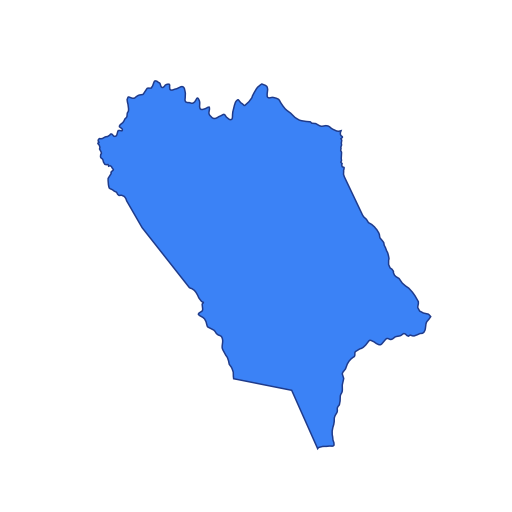 the district of Jocon, Yoro, Honduras, rotated 17°
{"feature_id": "27666195B24666023972878", "entity_name": "Jocon", "entity_type": "district", "adm_level": 2, "iso_a3": "HND", "parent_name": "Honduras", "parent_adm1": "Yoro", "projection": "natural_earth1", "projection_center": [-86.974, 15.288], "detail": "fine", "context": "isolated", "style": "filled", "palette": "blue", "viewbox_px": 512, "rotation_deg": 17, "n_neighbors": 0, "source": "geoboundaries", "source_scale": "gbopen_adm2", "svg_char_len": 6056}
<svg xmlns="http://www.w3.org/2000/svg" viewBox="0 0 512 512"><g transform="rotate(17 256 256)"><path d="M440.8,262.9L438.9,261.7L437.7,261.2L432.7,261.6L429.8,261.0L428.7,260.9L426.3,258.6L425.7,257.9L425.5,257.1L425.2,254.1L424.6,252.2L419.7,247.6L416.2,244.9L411.5,242.1L407.7,240.9L405.0,239.7L403.7,239.1L399.4,235.7L395.8,234.8L394.1,233.9L392.6,232.2L392.2,231.6L392.0,230.7L391.7,230.3L389.9,228.9L387.7,228.2L385.3,225.4L384.1,221.4L384.0,219.9L383.8,219.3L382.7,217.2L381.3,214.9L380.6,214.0L379.5,213.0L377.3,210.1L375.5,208.3L374.2,205.8L372.6,204.6L369.2,202.4L368.6,201.3L367.7,199.4L366.7,198.1L363.7,195.4L362.3,194.6L360.9,193.6L357.4,192.0L353.8,191.2L350.8,188.6L347.6,187.1L346.0,185.8L317.3,154.4L315.8,152.3L315.1,149.5L314.8,149.0L314.7,147.0L314.4,145.7L314.1,145.5L312.6,145.5L312.3,145.4L311.9,144.7L311.3,143.9L311.4,143.0L311.3,142.4L309.8,141.6L309.7,140.9L309.9,140.2L309.8,139.5L309.0,137.8L307.6,132.1L307.2,131.4L306.6,130.9L306.1,130.2L305.8,128.0L305.3,127.3L305.4,124.8L304.6,123.2L304.2,120.4L303.9,119.9L302.9,119.0L303.8,117.6L303.9,117.0L303.6,116.6L302.0,116.0L301.2,115.1L300.6,113.5L300.7,111.3L298.6,112.6L296.6,112.9L292.2,112.3L290.5,111.8L288.5,110.9L286.8,110.6L284.7,110.9L281.1,112.7L280.1,112.9L278.5,112.8L274.4,111.9L270.5,112.7L268.7,111.8L264.5,112.7L260.1,113.3L257.9,113.4L255.6,112.9L252.7,112.1L247.4,109.3L242.9,107.7L240.8,106.7L237.9,104.7L234.7,102.1L232.8,100.2L231.6,99.5L229.4,99.2L226.4,99.3L225.2,99.5L222.4,101.0L221.5,101.0L220.7,100.8L220.1,100.2L219.3,97.9L218.5,93.5L217.9,92.2L217.4,91.4L216.8,90.7L215.2,90.1L211.3,89.8L210.4,90.8L208.2,94.1L207.5,96.0L206.5,100.2L205.8,103.9L205.8,105.8L205.5,106.7L204.1,110.6L201.3,115.3L200.6,115.5L198.6,114.5L196.6,113.9L193.5,111.8L192.8,112.0L192.2,112.9L191.7,113.9L191.4,115.0L191.3,118.1L191.7,125.1L192.3,128.0L192.7,129.4L193.1,131.4L192.9,132.1L192.7,132.5L191.8,133.1L190.7,133.2L190.0,133.0L187.0,131.8L185.1,130.2L183.9,129.9L183.1,130.4L181.5,132.1L179.6,133.7L178.7,134.8L177.3,136.1L175.7,136.8L174.8,136.8L173.8,136.7L170.5,134.9L169.4,133.6L169.0,132.5L168.6,129.2L168.1,127.8L167.7,127.3L166.7,127.7L164.5,129.9L162.1,131.5L160.6,131.9L159.6,131.6L159.1,131.0L158.4,129.7L157.4,125.9L156.7,124.4L155.4,122.9L154.7,122.3L154.0,122.0L153.6,122.2L153.3,122.7L152.9,124.5L152.3,126.6L151.5,127.7L150.8,128.4L149.7,128.8L147.2,128.8L145.8,129.3L144.1,129.3L143.2,128.7L142.5,127.7L142.0,125.3L140.9,121.1L139.9,119.1L138.5,116.7L137.7,116.0L136.9,115.6L135.7,115.6L134.7,116.1L131.3,119.2L129.6,120.2L127.6,121.7L126.3,122.2L125.6,122.1L124.9,121.8L123.9,119.5L123.5,117.8L123.1,117.4L122.7,117.1L121.5,117.4L120.3,118.1L119.3,119.1L118.6,121.0L118.2,121.4L118.0,121.8L117.6,122.1L116.8,122.3L116.2,122.1L115.5,121.6L114.0,119.4L113.2,118.7L112.2,118.6L110.0,117.8L108.3,118.0L107.8,118.6L107.6,119.7L107.4,123.4L107.2,124.5L106.8,125.1L106.9,125.8L106.4,126.2L103.7,127.0L103.0,127.4L102.7,128.0L101.0,133.7L100.6,134.6L97.5,136.1L96.5,136.8L95.0,138.5L93.7,140.5L93.2,140.8L91.5,141.3L87.9,141.1L87.4,141.3L87.2,141.6L87.0,144.1L88.0,146.3L89.3,148.5L91.0,152.3L91.5,153.9L91.6,155.2L91.2,156.4L91.2,157.5L91.6,159.3L91.8,160.5L91.5,161.6L90.5,163.4L90.4,164.8L89.7,167.3L87.9,169.9L87.5,171.0L87.4,171.8L87.7,172.4L90.2,173.3L91.0,173.8L91.4,174.5L91.4,175.2L90.9,175.6L88.5,175.9L87.6,176.3L87.4,177.4L87.5,180.9L87.2,181.9L86.7,182.5L86.0,182.9L85.0,183.0L82.8,181.7L82.1,181.6L81.6,181.7L81.2,182.1L80.8,183.2L79.2,185.0L78.9,185.3L77.8,185.7L76.8,186.4L74.7,188.6L73.4,189.2L71.9,189.5L71.5,190.2L71.2,191.2L71.4,192.1L72.6,193.2L72.5,193.6L71.8,194.3L71.9,194.6L72.3,195.0L73.4,195.6L74.4,196.8L75.0,197.9L75.1,199.4L77.3,201.6L78.1,202.8L78.2,203.4L77.8,204.1L77.9,204.8L78.2,206.3L78.7,207.2L79.3,207.6L80.4,208.0L81.0,208.3L81.6,209.0L82.7,210.8L84.6,212.5L86.0,212.5L87.7,211.8L88.4,212.5L88.8,213.2L90.0,212.3L90.6,212.4L91.7,212.8L92.4,213.6L94.3,215.0L94.3,215.4L94.1,216.1L93.3,217.2L92.9,218.1L92.9,218.5L93.3,218.9L93.3,219.8L91.9,225.0L92.5,227.1L94.0,230.9L95.0,232.8L95.8,233.9L96.9,234.3L99.3,234.6L101.4,235.4L104.0,235.8L105.6,237.4L107.1,238.1L107.8,238.0L109.0,237.4L109.8,237.2L112.3,237.5L113.3,238.0L114.7,239.1L116.2,241.1L138.8,262.2L201.5,305.7L202.5,305.9L204.4,306.0L207.1,306.9L209.2,308.3L211.7,310.6L213.5,312.7L214.4,313.4L217.1,315.3L218.0,315.6L219.2,315.7L219.3,316.1L218.7,317.3L218.6,317.9L220.6,322.5L220.7,324.0L220.3,324.7L218.2,327.2L217.9,328.0L218.0,328.7L219.3,329.4L223.3,330.3L225.2,331.2L227.4,333.4L229.5,336.8L230.1,337.6L230.7,338.0L237.3,339.2L238.9,340.1L240.5,341.5L241.6,342.1L243.1,342.6L244.5,342.6L245.6,342.8L246.4,343.1L247.1,343.7L248.1,345.0L248.9,346.7L249.3,348.2L249.9,351.7L250.3,353.2L250.9,354.4L252.0,355.7L256.1,359.7L258.3,361.4L260.4,364.3L262.1,367.4L264.9,369.5L266.1,370.8L268.2,373.7L269.5,377.6L270.5,379.9L329.4,374.0L371.3,422.2L371.5,421.5L372.2,420.6L375.5,418.6L379.2,417.4L381.7,416.3L384.9,415.4L385.4,415.0L385.9,414.0L385.1,411.8L383.4,409.5L382.2,406.6L381.1,404.5L380.0,401.0L379.6,397.3L379.6,394.4L379.2,391.5L378.2,387.9L378.3,385.5L379.1,382.2L379.2,381.3L379.0,380.0L378.3,378.2L378.2,377.2L378.5,375.7L379.1,374.4L379.2,373.7L378.8,370.1L377.5,365.1L377.5,363.8L378.0,361.4L378.0,360.2L377.7,358.7L376.2,354.1L375.7,347.5L373.0,343.6L372.9,343.0L373.1,341.6L374.6,337.8L374.9,332.6L375.7,329.4L376.9,326.8L378.3,324.7L379.3,323.6L379.5,323.1L379.5,321.9L378.8,319.5L378.9,318.7L379.4,317.9L382.4,314.5L384.0,313.4L385.3,311.9L386.9,309.1L388.8,304.1L389.5,303.3L390.6,303.1L394.0,303.6L396.6,304.5L397.9,304.7L399.5,304.9L400.7,304.6L401.3,304.2L402.0,303.2L404.3,297.9L405.0,296.8L406.2,296.3L408.8,296.6L409.8,296.2L410.8,295.4L412.8,292.6L413.7,292.0L416.4,290.6L417.5,289.9L418.0,289.4L419.1,287.9L419.9,287.0L420.5,286.9L421.3,286.9L422.0,287.1L423.5,287.9L425.2,288.1L426.3,286.8L426.7,286.5L429.0,286.6L430.6,286.2L433.1,284.3L435.5,282.2L437.5,281.4L438.1,280.9L438.9,279.7L439.3,277.5L439.2,276.0L438.4,271.3L438.4,269.7L438.6,268.7L439.8,266.0L440.8,262.9Z" fill="#3b82f6" stroke="#1e3a8a" stroke-width="1.5"/></g></svg>